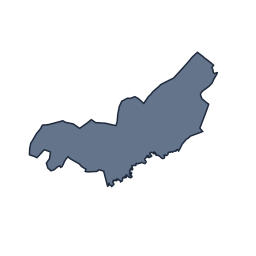 Taura, Jigawa, Nigeria, rotated 342°
{"feature_id": "59680162B96971531554224", "entity_name": "Taura", "entity_type": "district", "adm_level": 2, "iso_a3": "NGA", "parent_name": "Nigeria", "parent_adm1": "Jigawa", "projection": "orthographic", "projection_center": [9.372, 12.271], "detail": "fine", "context": "isolated", "style": "filled", "palette": "slate", "viewbox_px": 256, "rotation_deg": 342, "n_neighbors": 0, "source": "geoboundaries", "source_scale": "gbopen_adm2", "svg_char_len": 4952}
<svg xmlns="http://www.w3.org/2000/svg" viewBox="0 0 256 256"><g transform="rotate(342 128 128)"><path d="M117.4,172.4L117.6,171.9L117.3,171.3L117.1,171.0L116.8,170.8L116.5,170.4L116.2,170.1L116.1,169.6L116.2,169.2L116.5,169.0L117.0,168.9L117.2,168.5L117.5,168.1L117.9,167.6L118.2,167.4L118.6,167.2L119.0,167.2L119.4,167.3L119.5,167.6L119.2,167.9L118.9,168.2L118.6,168.5L118.6,168.9L119.1,169.1L119.3,168.7L119.7,168.6L119.9,168.1L119.8,167.5L119.9,167.1L119.8,165.9L119.8,165.2L120.5,165.2L121.1,165.3L121.7,165.2L122.2,165.5L122.8,165.8L123.5,166.0L123.9,165.9L124.3,165.6L124.4,165.2L124.3,164.6L124.6,164.3L125.1,164.2L125.7,164.6L126.3,165.1L126.8,165.1L127.7,164.9L128.5,165.3L129.0,165.2L130.2,165.0L131.1,165.5L131.8,166.0L132.4,166.6L132.6,166.9L132.8,167.0L133.1,167.1L133.6,166.8L134.2,166.5L134.6,166.2L134.7,165.9L134.8,165.5L134.5,164.5L134.2,163.8L134.2,163.2L134.4,162.6L135.2,162.1L136.4,161.6L137.1,160.6L137.5,160.2L137.9,160.3L138.5,160.4L138.9,160.8L138.8,161.2L138.3,161.4L138.1,161.7L138.0,162.1L138.5,162.4L139.0,162.7L139.6,162.5L140.1,162.4L140.7,162.4L141.2,162.3L141.7,162.2L141.9,161.8L141.9,161.4L141.7,161.1L141.3,160.8L141.0,160.3L140.8,159.9L140.7,159.5L140.7,159.1L140.9,158.8L141.2,158.7L141.4,158.8L141.7,158.6L141.9,158.4L142.6,158.3L142.8,158.6L143.5,159.0L144.0,159.5L144.2,159.9L144.5,160.4L144.8,160.6L145.2,160.6L145.3,160.3L145.0,159.9L144.8,159.6L144.9,159.2L145.1,158.9L145.6,159.0L145.9,159.3L145.9,159.7L146.2,159.8L146.4,160.2L146.4,160.7L146.3,161.4L146.2,161.9L146.2,162.4L146.7,162.9L147.3,162.9L147.9,163.2L148.6,163.7L149.1,164.3L149.7,165.2L150.1,165.9L150.4,166.6L150.9,167.3L151.3,167.7L152.1,167.8L152.8,167.9L153.3,167.6L153.7,167.2L153.9,166.7L153.9,166.1L153.9,165.7L153.8,165.2L154.1,164.9L154.7,165.1L155.3,165.6L155.7,165.9L156.3,166.0L157.2,165.8L157.7,165.5L158.1,164.9L158.4,164.2L158.8,164.1L159.2,164.0L159.6,163.7L160.2,163.8L160.8,164.2L161.1,164.1L161.7,163.9L162.1,164.0L162.6,164.5L163.1,164.8L163.8,164.5L164.1,164.3L164.2,164.2L164.7,164.3L165.5,164.5L166.0,164.7L166.3,164.8L166.7,164.6L167.0,164.2L167.5,164.0L167.8,163.7L168.3,163.7L168.7,164.1L168.7,164.9L169.0,165.5L171.0,163.8L174.5,160.1L180.1,156.7L182.5,156.2L184.6,155.0L195.2,154.6L197.9,154.4L196.3,150.3L207.5,136.4L210.8,132.1L212.1,130.3L210.4,127.9L207.3,122.9L207.2,118.3L209.2,116.5L211.5,115.5L213.8,114.8L218.5,113.1L221.8,111.3L224.8,108.0L229.2,104.1L230.0,103.0L229.9,102.9L229.7,102.8L229.3,102.7L229.2,102.7L229.0,102.8L228.7,102.9L227.9,103.0L227.6,103.0L227.0,102.8L226.8,102.7L226.7,102.3L226.6,101.8L226.5,101.7L226.4,101.1L226.4,100.8L226.4,100.5L226.4,100.3L226.4,100.0L226.5,99.8L226.7,99.5L226.8,99.4L226.6,97.7L226.4,96.6L226.7,96.3L228.0,95.4L228.8,94.7L226.8,91.4L224.7,88.3L224.7,88.2L223.0,86.0L220.8,82.3L217.4,77.5L213.6,79.2L210.0,81.0L207.2,82.9L203.0,85.4L199.2,87.6L191.6,91.9L187.7,94.1L187.0,94.6L177.4,96.0L172.3,96.9L171.2,97.6L162.4,101.4L160.2,103.0L157.0,104.5L150.6,109.5L146.9,103.2L144.2,100.3L139.6,100.6L136.7,99.5L130.3,100.6L126.2,105.1L122.4,112.1L119.5,118.9L117.3,122.0L115.5,121.0L108.2,116.6L98.8,112.8L95.7,108.7L90.5,110.7L81.9,113.4L77.2,107.2L70.7,103.5L70.3,103.3L68.3,101.0L53.5,100.2L47.6,98.9L47.4,98.9L44.5,101.7L39.2,105.1L32.5,111.1L30.8,112.4L28.1,117.3L26.0,122.9L26.8,123.7L30.1,126.0L32.2,128.1L32.3,128.1L39.3,124.1L41.6,122.8L45.1,125.4L46.8,126.9L43.9,132.9L39.5,136.2L39.4,141.4L41.5,144.9L44.8,144.9L49.3,143.1L51.4,142.9L51.7,144.6L53.3,144.4L55.5,142.2L57.7,139.7L59.0,138.8L60.1,137.9L61.8,137.1L62.2,136.8L62.9,138.3L63.4,139.2L70.6,147.1L71.9,150.3L74.7,153.6L75.3,154.2L73.9,156.1L76.1,157.3L83.5,159.3L84.7,159.6L86.1,159.4L86.9,159.0L87.6,158.8L88.3,159.3L91.5,161.5L90.6,177.0L91.5,176.9L92.0,176.0L92.3,175.1L92.8,174.8L93.0,175.6L93.1,176.5L94.3,177.8L94.3,178.5L94.9,178.4L95.5,178.2L96.2,177.6L96.9,177.5L97.2,177.0L97.2,176.8L97.2,176.4L97.0,175.9L96.8,175.3L96.9,174.9L97.1,174.5L97.5,174.3L97.9,174.3L98.0,174.1L97.8,173.8L97.4,173.9L97.4,173.6L97.7,173.4L98.1,173.5L98.5,173.4L99.1,173.6L99.5,173.4L99.9,173.6L100.0,174.0L100.3,174.4L100.6,174.6L101.1,174.6L101.5,174.2L101.6,173.8L101.5,173.5L101.4,173.2L101.8,173.1L102.3,173.2L102.7,173.6L103.0,174.3L103.6,175.1L103.9,175.2L104.3,175.7L104.4,176.3L104.3,176.9L105.0,176.8L105.8,176.6L106.3,176.3L106.8,175.6L106.9,175.0L107.2,174.4L107.4,174.0L107.9,173.7L108.5,173.8L108.8,174.3L109.2,174.3L109.5,174.0L109.0,173.6L109.5,173.4L110.0,173.3L110.5,173.6L110.8,174.1L110.7,174.5L110.9,174.5L111.1,174.3L111.2,174.1L111.4,173.5L111.4,173.0L111.5,172.4L111.5,172.1L111.8,172.1L112.1,172.5L112.6,173.0L112.8,173.6L113.2,174.3L113.5,174.8L114.2,175.5L114.8,175.9L115.3,176.2L115.7,176.1L116.0,175.8L116.5,175.7L116.8,175.4L116.8,175.0L116.7,174.8L116.5,174.5L115.9,174.3L115.4,174.0L115.6,173.3L115.4,172.8L115.2,172.4L115.3,171.9L115.6,171.5L115.9,171.2L116.2,171.8L116.4,172.2L116.5,172.5L116.8,172.8L117.4,172.4Z" fill="#64748b" stroke="#1e293b" stroke-width="1.5"/></g></svg>